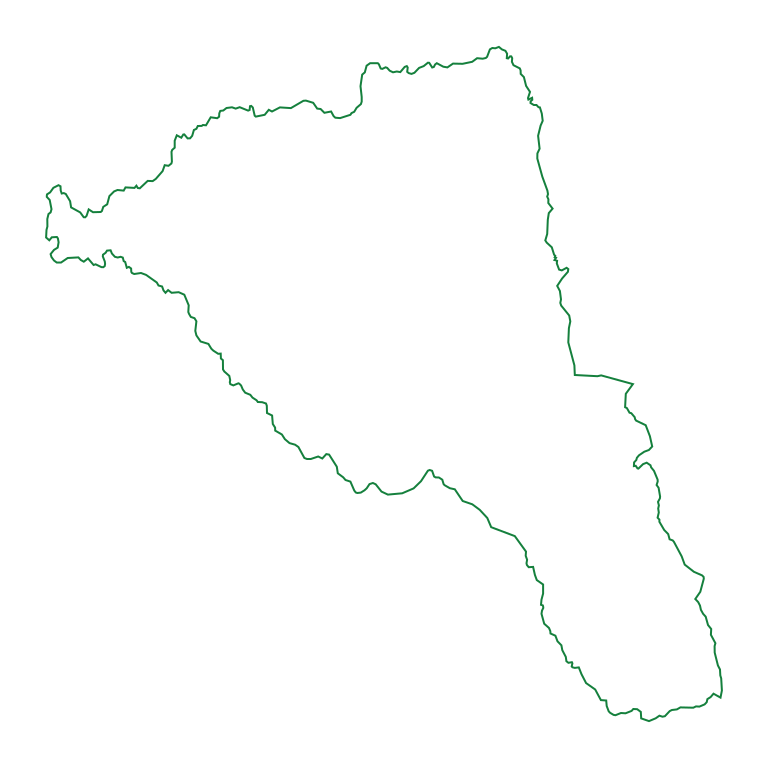 outline of Macara, Loja, Ecuador
{"feature_id": "8360857B58604759333218", "entity_name": "Macara", "entity_type": "district", "adm_level": 2, "iso_a3": "ECU", "parent_name": "Ecuador", "parent_adm1": "Loja", "projection": "equal_earth", "projection_center": [-79.942, -4.349], "detail": "fine", "context": "isolated", "style": "outline", "palette": "green", "viewbox_px": 768, "rotation_deg": 0, "n_neighbors": 0, "source": "geoboundaries", "source_scale": "gbopen_adm2", "svg_char_len": 6016}
<svg xmlns="http://www.w3.org/2000/svg" viewBox="0 0 768 768"><path d="M65.8,194.0L63.8,193.1L61.7,193.5L60.7,190.5L60.5,186.3L58.5,185.2L53.4,187.8L50.1,192.4L47.0,194.4L46.8,195.7L46.8,196.9L49.7,200.0L51.5,209.2L50.6,212.4L48.5,214.0L47.3,219.0L47.4,226.5L46.5,229.9L46.1,237.5L49.3,240.3L51.8,237.3L56.9,237.0L57.9,238.4L58.6,242.3L57.7,247.6L54.0,249.9L50.6,254.1L51.5,257.1L54.0,260.5L56.7,262.5L61.1,262.5L67.7,258.0L78.4,257.4L80.8,260.0L83.8,261.7L88.0,258.4L93.6,265.0L95.6,264.3L101.4,267.1L103.3,267.2L104.7,266.1L105.1,264.0L104.8,261.5L102.8,256.4L103.0,254.7L105.6,252.8L107.0,250.6L110.6,250.3L111.9,253.5L114.9,256.8L117.7,257.5L120.6,256.8L122.8,257.6L123.7,261.1L125.2,262.0L126.8,267.8L128.9,266.9L131.1,268.5L131.3,271.9L132.0,273.0L134.2,274.0L141.0,273.0L146.1,274.9L156.8,282.5L158.5,285.5L162.1,286.5L163.5,290.4L165.5,292.8L168.1,290.1L171.6,292.8L178.7,292.2L184.3,294.7L188.7,305.3L188.3,312.0L189.0,313.8L190.8,316.9L194.5,318.2L196.4,321.3L195.3,330.9L196.4,335.4L200.6,341.5L208.4,343.9L211.3,348.7L213.3,350.6L218.2,353.8L220.7,353.6L220.9,358.5L222.9,360.2L223.0,369.4L224.3,371.5L229.3,375.9L230.2,380.1L229.8,382.2L230.3,384.1L233.3,385.4L238.4,383.3L239.3,383.7L241.1,385.5L242.8,389.5L245.2,392.7L250.3,394.8L252.5,397.6L256.6,400.3L257.8,402.0L262.2,402.2L266.0,403.5L266.8,405.7L267.0,413.0L272.1,415.5L272.8,424.0L275.1,427.6L275.2,430.6L281.9,434.5L284.9,439.2L289.5,443.1L295.1,444.7L298.4,447.0L304.4,458.0L307.0,459.0L310.8,459.0L318.2,456.5L322.3,458.5L326.3,454.1L329.1,454.6L336.8,466.7L337.8,473.3L343.2,477.3L345.5,480.0L350.4,481.6L354.3,490.6L355.8,492.5L357.3,493.0L360.8,492.6L364.5,490.3L366.7,488.3L369.5,484.1L372.9,483.0L375.7,484.3L381.5,491.6L387.9,494.6L402.2,493.3L413.6,488.4L421.0,481.2L427.9,470.7L429.7,470.0L432.1,470.8L434.1,476.5L435.6,477.4L438.9,477.5L442.3,479.7L443.6,484.1L444.6,485.2L449.8,488.2L454.8,489.3L462.7,501.0L472.3,504.3L479.7,509.8L487.3,518.0L491.2,527.2L514.8,536.1L526.0,551.6L525.7,555.8L527.1,559.7L526.5,563.3L526.9,565.0L528.7,567.2L533.1,566.9L534.9,574.9L536.8,580.1L543.1,584.5L543.1,593.6L541.5,599.6L541.0,604.8L542.8,605.4L543.1,606.3L543.3,607.9L542.0,610.6L541.5,613.8L544.2,623.7L549.0,628.0L550.3,631.1L550.5,633.5L555.4,635.7L557.5,641.3L561.4,645.3L562.3,650.2L565.8,656.9L566.4,661.2L568.4,662.8L571.9,662.2L572.4,663.3L571.7,666.5L572.5,667.3L574.8,667.9L578.8,667.4L581.5,674.2L586.1,683.1L595.2,689.5L600.9,700.1L606.2,700.5L606.7,706.0L608.7,711.3L610.1,712.8L613.6,714.9L615.5,715.2L621.0,713.0L625.5,713.3L631.6,710.9L633.3,709.0L637.2,709.2L640.8,711.9L641.2,718.4L649.0,721.1L655.7,718.3L659.4,715.7L662.5,716.7L664.9,716.2L669.7,711.1L671.9,710.0L676.9,709.4L680.4,707.4L693.3,707.7L696.0,706.4L699.4,706.6L704.6,704.4L706.7,702.2L707.4,699.1L710.6,697.1L713.5,693.7L720.5,697.6L721.9,690.5L721.2,678.4L720.3,675.4L720.0,669.5L717.9,665.4L714.7,652.6L714.6,646.1L715.4,643.2L710.9,634.8L711.2,629.0L708.0,625.0L705.7,616.7L703.1,613.8L700.9,609.8L700.0,605.6L698.2,602.1L695.3,599.0L700.3,591.8L703.8,578.7L703.6,576.9L702.1,575.4L693.9,571.8L684.7,564.6L681.7,556.4L673.9,541.8L672.7,540.4L669.6,539.3L668.2,534.1L664.2,530.0L659.4,521.8L659.4,519.6L657.6,517.7L658.8,512.5L658.2,508.5L658.9,505.4L658.0,501.9L659.9,498.4L660.1,496.6L658.6,487.8L656.6,485.0L657.7,481.5L657.6,479.6L654.0,470.9L651.1,467.3L650.5,465.3L646.7,462.7L643.1,464.1L638.4,468.6L637.5,468.4L635.7,465.8L633.9,466.1L634.1,462.4L636.3,460.0L636.9,457.8L639.0,455.3L644.3,451.7L648.9,450.0L652.2,446.5L649.9,436.2L645.7,425.2L636.1,420.6L635.1,419.1L634.7,417.2L631.3,413.2L629.5,412.7L626.9,408.1L625.1,407.2L625.8,393.8L632.9,384.1L601.2,375.4L597.4,376.2L574.8,375.0L574.4,365.4L568.3,342.4L568.9,328.2L570.3,321.4L569.2,315.5L561.2,305.6L560.3,302.9L561.0,299.4L559.9,291.0L557.2,285.9L562.1,278.5L567.9,271.8L568.3,269.1L566.6,267.8L561.8,270.4L559.1,269.6L556.8,263.4L557.1,260.8L554.5,260.0L556.0,257.8L554.7,257.3L555.3,255.9L554.1,254.7L551.8,247.3L546.7,242.6L545.3,240.4L547.2,234.0L547.8,219.7L548.8,213.1L552.6,208.6L548.3,203.0L548.4,199.3L547.2,196.6L548.0,194.1L547.4,190.6L542.3,176.6L537.3,158.5L537.4,153.4L539.6,148.7L538.1,135.8L540.6,125.6L542.7,120.8L541.8,113.6L539.9,107.4L538.5,107.2L536.5,105.0L533.8,105.0L530.5,103.0L530.6,101.4L532.3,99.8L532.1,97.8L528.4,99.6L528.0,98.1L530.0,91.9L526.1,85.9L523.9,77.1L520.7,73.9L520.6,70.4L519.8,68.4L513.5,65.2L511.9,61.8L512.2,58.2L511.3,56.4L510.1,56.3L508.1,58.5L506.8,58.2L507.1,53.7L505.4,50.8L501.9,49.4L498.9,46.9L495.3,48.3L492.3,48.0L489.9,49.4L487.1,56.8L485.8,58.0L482.7,58.7L477.1,58.2L472.2,61.8L462.6,63.8L453.0,63.6L447.4,67.4L443.3,66.7L436.8,63.2L435.1,64.5L433.8,67.0L432.2,67.5L429.2,62.8L427.9,62.7L423.7,66.1L419.1,67.9L414.4,72.8L411.5,73.9L408.7,73.1L407.2,71.8L407.7,67.5L406.8,66.1L404.7,66.9L400.3,72.1L396.8,71.5L393.0,72.3L389.7,70.7L387.2,67.9L385.6,67.3L382.3,68.9L380.7,68.5L378.9,64.3L377.8,63.2L370.1,63.2L366.6,65.7L364.8,72.4L362.2,74.6L360.5,86.2L361.7,97.0L361.7,101.6L360.9,104.1L356.6,107.8L354.2,111.8L351.5,113.1L350.4,114.8L340.1,118.1L335.3,117.7L333.6,116.1L331.1,111.5L324.4,112.8L320.6,109.0L317.2,108.6L313.2,102.8L305.9,100.6L303.4,100.8L290.9,108.1L279.9,107.4L272.0,111.5L268.8,109.8L264.7,114.8L255.8,116.6L254.7,115.7L252.8,107.5L251.2,105.9L250.0,106.2L249.6,110.0L248.1,110.6L239.7,107.2L235.7,108.6L232.0,107.3L226.5,108.0L223.3,110.5L220.3,110.9L219.3,113.3L219.1,116.7L217.2,118.2L210.7,117.3L206.0,125.3L202.9,125.0L201.7,125.9L197.8,126.0L196.4,128.8L193.9,130.0L192.2,135.8L190.1,138.3L187.6,138.4L184.3,134.4L183.3,134.5L181.3,137.7L176.8,135.3L174.7,140.7L174.7,147.7L172.2,149.9L171.5,151.8L171.9,161.6L171.4,163.5L168.5,165.8L164.7,165.2L162.6,171.1L155.8,178.9L152.7,181.1L147.7,180.9L139.8,188.3L137.8,188.0L136.4,185.7L134.5,187.9L125.5,187.4L123.7,190.6L117.5,190.0L114.1,191.4L109.4,196.1L107.2,204.3L103.3,206.8L101.9,211.0L100.7,212.0L93.0,212.2L88.7,209.4L86.6,215.8L85.2,217.3L83.7,217.2L80.2,212.4L71.1,207.4L70.1,201.2L65.8,194.0Z" fill="none" stroke="#15803d" stroke-width="2"/></svg>